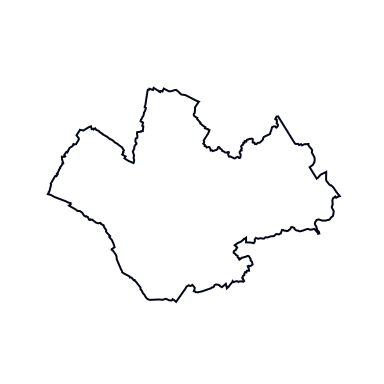 Mueang Nakhon Pathom, Nakhon Pathom, Thailand (orthographic projection), rotated 127°
{"feature_id": "78962969B95320028173020", "entity_name": "Mueang Nakhon Pathom", "entity_type": "district", "adm_level": 2, "iso_a3": "THA", "parent_name": "Thailand", "parent_adm1": "Nakhon Pathom", "projection": "orthographic", "projection_center": [100.009, 13.819], "detail": "fine", "context": "isolated", "style": "outline", "palette": "ink", "viewbox_px": 384, "rotation_deg": 127, "n_neighbors": 0, "source": "geoboundaries", "source_scale": "gbopen_adm2", "svg_char_len": 6060}
<svg xmlns="http://www.w3.org/2000/svg" viewBox="0 0 384 384"><g transform="rotate(127 192 192)"><path d="M115.8,240.8L116.8,245.2L118.5,255.3L120.6,259.4L120.0,263.8L120.0,266.0L120.8,267.0L123.8,269.1L125.2,270.6L125.5,271.3L126.4,276.8L129.5,276.1L130.0,277.6L131.4,277.5L131.6,279.0L131.2,279.0L131.2,279.4L131.7,281.7L131.9,285.3L134.0,284.6L135.2,288.2L136.3,287.9L136.7,288.6L137.4,288.7L150.4,281.7L152.7,280.9L152.6,279.4L155.5,278.3L157.7,278.1L158.1,277.7L160.7,276.6L162.3,276.7L163.6,276.2L164.7,276.4L165.7,276.0L166.5,275.5L166.0,272.9L169.1,271.5L168.9,270.4L173.0,267.9L174.2,269.3L174.6,269.1L177.2,271.8L178.5,271.1L179.8,269.6L181.3,268.5L182.1,268.4L183.1,269.1L184.3,268.7L186.1,267.1L186.5,265.7L187.0,265.3L188.8,265.6L189.9,265.4L191.0,265.1L191.9,264.3L195.3,263.6L197.8,260.1L200.0,259.2L200.9,257.8L202.5,256.6L204.1,256.2L205.4,261.5L205.8,266.2L203.6,266.4L204.1,270.3L201.7,270.6L201.6,271.2L199.8,271.4L198.4,275.0L198.6,278.1L198.4,280.7L198.8,282.7L198.5,286.9L198.9,289.1L199.1,289.2L199.0,292.9L199.7,298.2L199.4,298.4L199.7,302.0L199.3,302.7L200.0,306.1L199.4,307.6L201.4,308.3L201.0,309.1L202.1,310.0L200.4,312.3L202.6,313.5L208.3,315.8L209.8,319.0L211.0,318.7L216.2,318.4L217.3,314.6L218.2,314.0L223.5,313.4L224.7,314.6L225.2,314.7L225.2,315.5L227.1,315.0L230.6,316.3L235.4,315.4L235.5,316.4L238.8,316.4L239.4,316.2L239.8,314.6L240.0,314.6L241.0,315.4L242.1,317.2L244.0,315.6L246.4,312.3L247.0,312.8L247.4,312.2L251.9,312.1L252.4,311.6L253.7,311.7L257.2,310.8L258.6,310.9L258.6,310.0L258.9,310.0L261.0,309.8L261.3,310.8L262.3,310.8L270.5,309.8L270.7,309.1L276.9,306.4L278.3,306.4L278.5,306.1L280.5,305.8L279.3,303.1L278.7,298.7L275.2,286.6L275.1,285.3L274.3,282.8L273.9,282.3L274.7,281.5L276.9,282.1L275.9,273.8L276.1,272.3L274.7,270.0L274.6,267.3L275.8,264.1L275.5,261.8L275.0,261.7L274.7,260.2L276.1,257.4L275.9,257.0L275.1,256.8L275.1,255.8L274.2,255.3L274.2,250.1L273.4,248.0L271.7,246.5L272.3,245.2L272.0,244.2L272.0,242.9L271.8,242.7L273.1,240.7L273.9,238.3L273.9,237.8L275.3,236.9L275.9,234.8L276.5,230.9L277.7,231.0L278.7,226.8L281.0,222.8L282.7,220.6L286.0,221.7L286.4,221.6L286.5,219.5L287.9,215.2L288.9,213.5L291.1,211.5L296.5,202.1L297.1,200.6L298.1,199.5L298.0,197.0L297.0,191.1L297.7,190.1L297.0,189.4L296.8,188.7L297.5,185.5L296.8,184.8L297.3,184.2L297.3,183.2L299.3,175.6L300.7,174.6L301.0,172.8L302.3,170.4L302.7,168.2L303.7,166.0L304.2,164.0L304.0,161.7L303.0,160.1L297.8,153.8L295.6,150.4L292.9,148.5L292.3,145.2L291.1,143.2L290.4,142.8L289.3,143.0L289.1,141.2L289.3,138.6L273.0,139.1L271.0,139.5L268.4,138.4L268.3,137.3L267.8,136.5L266.0,135.8L266.7,132.4L268.0,131.5L270.1,130.8L269.7,130.2L269.7,128.7L268.7,127.1L265.6,124.4L257.5,118.9L256.4,118.8L255.1,117.5L252.7,117.9L251.5,117.3L250.4,115.4L249.9,113.8L250.3,113.1L250.0,110.8L245.0,109.7L246.5,108.0L246.5,107.1L247.2,106.9L247.9,106.2L245.4,105.7L243.2,105.8L239.5,105.6L238.7,105.9L238.9,104.5L237.2,103.4L236.1,102.3L235.8,100.8L234.7,100.1L233.3,98.3L232.8,97.1L231.8,96.8L231.1,98.0L230.8,99.3L230.3,99.5L230.3,100.2L228.2,100.8L226.9,100.2L226.2,100.9L224.0,101.3L223.5,100.2L221.9,100.8L220.5,99.1L219.0,100.6L217.8,102.8L216.6,102.1L216.6,101.2L215.1,100.4L213.4,100.0L212.5,101.0L211.6,102.2L211.4,104.0L210.3,104.8L209.0,108.0L209.7,109.3L211.2,110.0L214.8,112.8L216.0,112.9L217.5,113.5L217.0,114.8L216.5,114.8L216.6,116.3L215.5,117.3L215.8,118.8L215.4,120.7L215.5,122.2L214.1,122.9L211.4,122.1L210.6,122.5L209.3,122.4L208.8,123.6L209.1,123.9L208.8,125.9L205.3,124.8L202.4,123.1L199.4,122.3L198.3,122.4L198.0,121.9L196.0,121.3L199.7,118.5L196.8,114.4L196.0,112.2L194.9,111.8L193.3,112.3L192.2,113.3L190.3,113.4L189.5,111.0L187.6,109.4L186.3,106.9L185.6,106.3L184.0,106.1L182.8,104.3L180.0,102.4L177.9,100.0L175.2,99.6L174.6,99.0L173.6,97.1L171.6,96.2L168.1,97.3L167.5,96.5L167.4,95.1L166.3,93.5L166.1,92.6L165.2,91.9L164.1,91.8L162.9,91.2L160.3,91.6L159.7,90.8L159.1,88.8L159.9,87.7L159.9,85.6L159.1,84.1L158.6,82.3L156.1,80.2L153.0,78.3L151.8,77.2L150.8,74.6L147.8,71.9L149.0,66.8L149.5,66.1L148.5,65.4L147.4,66.8L147.2,68.7L144.8,72.1L144.1,73.9L143.0,75.1L141.9,75.5L139.3,75.6L137.7,74.4L136.5,70.9L134.6,68.3L131.7,65.9L130.5,65.5L128.4,65.6L126.7,65.0L124.8,65.6L121.9,67.4L120.3,70.9L119.6,71.5L117.4,72.1L114.1,74.9L112.6,75.5L111.5,75.6L110.9,75.1L109.4,74.9L109.8,73.4L108.2,72.8L106.4,71.5L105.2,76.4L103.3,81.7L102.9,84.7L103.4,85.3L103.4,86.7L102.3,91.2L101.4,92.4L95.2,96.9L100.8,99.7L105.0,100.0L106.3,100.4L101.4,113.0L97.7,111.8L94.6,112.2L93.5,112.7L91.8,113.9L90.5,115.3L88.4,120.1L86.5,121.0L85.7,122.5L85.4,124.7L84.4,127.5L83.6,127.9L86.2,131.0L88.6,132.2L88.2,133.8L90.1,134.7L89.7,136.3L91.2,137.9L91.3,139.1L79.8,168.8L81.0,169.9L83.7,169.4L83.7,168.9L83.2,167.9L85.4,166.0L86.2,165.7L86.6,163.8L87.9,163.1L89.8,163.3L89.9,163.8L89.5,164.8L89.7,165.4L91.1,166.7L92.1,167.1L94.1,166.2L98.9,164.7L104.7,167.7L105.7,167.7L107.6,166.9L111.2,167.4L111.9,167.7L113.2,169.0L115.1,169.4L115.8,170.6L115.7,171.0L115.0,171.8L115.9,173.3L113.3,175.2L113.2,175.8L113.6,176.7L114.7,177.5L115.1,178.2L116.0,178.5L116.7,179.2L117.4,179.6L119.0,179.0L119.4,180.4L119.7,180.6L121.1,179.7L121.8,180.6L123.3,179.7L124.5,180.2L126.0,180.2L127.4,178.3L128.4,178.4L129.0,177.4L130.0,178.1L131.5,178.0L132.4,177.0L132.5,176.1L133.0,175.5L135.0,174.3L135.9,174.2L136.5,174.9L136.3,176.6L137.6,177.4L139.2,177.9L139.7,178.4L140.5,182.6L141.4,183.5L140.5,185.5L139.7,186.1L138.3,186.3L138.0,186.6L138.2,187.1L140.0,188.4L140.6,189.7L140.5,191.2L141.0,192.6L140.2,193.8L140.4,195.7L139.8,197.1L139.9,197.7L140.7,198.1L142.5,197.5L143.4,197.7L146.9,200.1L146.7,201.3L147.6,202.1L146.7,203.0L145.7,205.0L145.9,205.7L147.6,207.0L147.1,208.2L147.7,209.4L146.7,210.0L146.8,211.3L146.6,212.1L145.5,212.1L144.4,212.6L143.8,213.7L135.7,214.3L132.2,215.2L132.5,216.3L132.1,216.6L133.3,220.0L132.2,220.3L132.4,221.9L132.3,226.6L131.6,226.8L130.6,231.9L129.6,232.3L129.9,233.8L129.9,236.3L129.4,237.0L128.4,237.6L127.3,237.4L126.1,238.3L125.1,238.6L122.7,240.5L116.7,240.9L115.8,240.8Z" fill="none" stroke="#020617" stroke-width="2"/></g></svg>